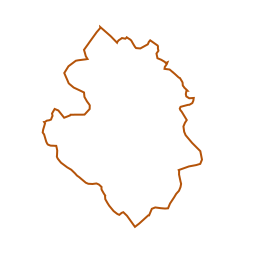 El-Ibrahimiya, Ash Sharqiyah, Egypt, rotated 291°
{"feature_id": "37247803B97743479870089", "entity_name": "El-Ibrahimiya", "entity_type": "district", "adm_level": 2, "iso_a3": "EGY", "parent_name": "Egypt", "parent_adm1": "Ash Sharqiyah", "projection": "robinson", "projection_center": [31.565, 30.732], "detail": "fine", "context": "isolated", "style": "outline", "palette": "amber", "viewbox_px": 256, "rotation_deg": 291, "n_neighbors": 0, "source": "geoboundaries", "source_scale": "gbopen_adm2", "svg_char_len": 2200}
<svg xmlns="http://www.w3.org/2000/svg" viewBox="0 0 256 256"><g transform="rotate(291 128 128)"><path d="M212.3,65.9L211.5,66.3L206.2,64.4L195.6,61.6L193.7,61.1L192.4,60.8L185.2,58.9L182.6,60.9L179.9,62.9L177.9,65.5L176.9,63.8L173.4,57.3L172.1,55.2L164.3,50.3L156.5,48.8L153.8,51.4L150.9,54.3L148.4,56.7L146.3,62.8L145.8,69.7L145.4,74.2L141.4,76.2L138.1,80.2L136.0,83.5L135.4,84.2L132.0,85.4L124.9,82.6L119.8,69.6L119.2,69.6L116.7,66.9L114.7,64.7L119.4,56.7L119.5,52.7L114.3,51.9L112.3,53.2L111.0,53.1L108.3,53.1L107.0,51.7L105.8,49.6L103.8,48.2L103.5,47.6L102.5,48.9L95.9,49.4L93.2,50.0L91.9,52.0L88.5,54.6L85.9,56.6L84.4,58.2L83.8,59.3L83.8,62.0L85.6,67.4L83.7,68.7L81.6,70.0L77.7,71.3L75.7,71.9L74.3,73.3L72.8,75.8L71.6,77.9L69.5,85.3L68.7,90.0L66.7,94.7L65.3,97.4L64.6,100.1L63.9,102.1L61.8,108.2L61.7,110.9L63.0,114.9L64.9,118.4L64.9,119.3L64.8,121.1L63.5,124.4L61.5,125.1L60.8,125.7L58.1,129.0L56.7,131.0L56.1,131.0L53.4,132.3L50.7,135.6L48.7,138.3L45.3,144.3L44.5,146.9L43.9,149.0L43.8,151.0L46.5,152.5L47.7,153.8L45.7,158.5L38.2,169.9L42.8,172.7L51.9,177.3L53.8,178.3L54.0,179.0L61.1,179.2L63.6,181.9L64.9,187.4L66.1,191.5L67.4,194.2L68.8,194.2L72.6,194.3L79.8,195.9L83.8,196.6L87.7,198.1L91.6,198.2L94.9,197.6L96.9,196.2L100.9,193.6L102.9,192.3L103.8,192.0L106.2,191.1L106.9,190.4L114.0,198.7L117.8,204.9L120.4,208.3L125.0,208.4L132.3,203.8L137.1,193.1L141.9,184.4L144.6,181.8L149.3,179.2L153.2,179.3L156.5,180.0L162.6,172.1L163.3,170.7L164.6,169.4L165.3,169.4L166.6,169.5L171.1,175.7L171.3,176.1L171.7,177.0L174.3,179.1L176.9,179.2L179.6,178.6L177.7,174.5L178.4,171.1L180.4,169.8L183.7,169.2L184.1,170.2L184.5,169.4L185.9,166.0L186.5,165.3L187.2,164.0L189.9,162.7L190.6,162.0L192.6,159.4L193.2,158.7L193.3,157.3L195.4,152.0L197.5,145.9L196.3,140.9L198.2,140.5L201.5,141.3L203.5,141.3L202.2,140.0L202.9,138.6L203.6,134.6L203.7,130.5L207.7,127.9L211.0,128.7L213.0,127.4L215.0,126.7L215.6,126.1L217.8,117.3L215.8,116.6L213.2,116.5L206.7,111.0L205.5,106.9L206.2,105.5L208.2,102.9L210.9,99.6L211.6,97.5L211.6,96.9L212.2,94.3L211.7,94.2L210.4,93.5L209.8,90.1L208.5,89.3L206.6,87.9L204.6,87.2L203.7,87.2L207.4,79.2L209.2,74.4L212.3,65.9Z" fill="none" stroke="#b45309" stroke-width="2"/></g></svg>